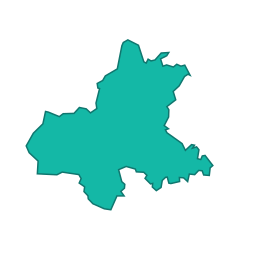 Petrovets, Skopje, North Macedonia (Natural Earth projection), rotated 197°
{"feature_id": "65306769B87468718843329", "entity_name": "Petrovets", "entity_type": "district", "adm_level": 2, "iso_a3": "MKD", "parent_name": "North Macedonia", "parent_adm1": "Skopje", "projection": "natural_earth1", "projection_center": [21.679, 41.91], "detail": "fine", "context": "isolated", "style": "filled", "palette": "teal", "viewbox_px": 256, "rotation_deg": 197, "n_neighbors": 0, "source": "geoboundaries", "source_scale": "gbopen_adm2", "svg_char_len": 1433}
<svg xmlns="http://www.w3.org/2000/svg" viewBox="0 0 256 256"><g transform="rotate(197 128 128)"><path d="M208.8,119.9L211.7,119.7L210.6,107.1L217.0,95.3L220.1,81.1L215.3,75.5L204.3,70.1L201.3,57.7L182.3,62.5L178.0,66.6L161.4,69.1L158.0,65.9L158.6,61.1L152.3,59.1L151.5,54.3L146.5,51.5L145.3,48.6L139.4,45.3L127.1,43.8L120.5,44.8L118.7,59.8L111.9,61.9L116.3,65.3L113.8,69.4L114.6,73.2L118.3,74.9L124.8,85.4L118.5,90.7L109.0,90.9L107.2,88.5L100.0,90.3L96.1,88.3L97.0,84.8L90.1,81.1L88.2,82.2L87.5,78.7L82.6,76.4L79.0,80.8L79.9,87.9L77.6,91.9L76.1,92.5L72.8,87.2L70.8,87.4L63.0,91.9L64.4,95.7L60.3,96.6L55.3,94.2L55.9,101.9L50.6,102.9L48.0,108.1L44.6,108.8L41.9,105.2L36.4,106.4L37.8,113.9L35.9,116.9L46.3,124.3L48.8,123.0L49.2,119.1L52.6,119.0L53.8,127.9L56.9,130.0L60.4,127.6L59.4,131.0L62.4,130.7L66.6,123.4L71.7,128.9L89.3,134.8L91.7,137.2L89.1,139.1L94.1,140.9L92.4,150.4L94.3,157.4L97.1,159.8L90.6,168.9L95.5,176.2L91.4,183.2L89.0,193.8L86.4,196.9L84.1,196.6L92.1,204.7L95.5,202.6L100.0,203.2L102.4,199.6L109.5,199.6L112.7,197.3L117.1,203.6L112.1,208.4L111.1,212.1L118.2,209.4L122.1,200.9L125.6,198.9L128.9,199.7L129.6,195.4L132.2,195.9L142.2,210.2L153.9,212.2L157.5,208.4L157.9,204.8L155.5,181.4L164.9,171.2L166.1,166.0L170.5,161.6L168.5,157.4L166.7,157.4L165.9,142.5L163.5,137.5L168.3,131.5L173.6,134.1L180.5,133.4L183.9,126.2L194.2,122.7L197.0,118.8L208.8,119.9Z" fill="#14b8a6" stroke="#0f766e" stroke-width="1.5"/></g></svg>